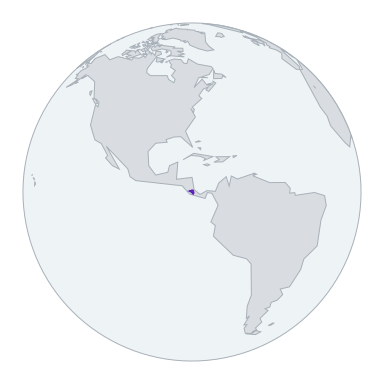 globe centered on Alajuela, rotated 346°
{"feature_id": "CRI-1333", "entity_name": "Alajuela", "entity_type": "Province", "adm_level": 1, "iso_a3": "CRI", "parent_name": "Costa Rica", "parent_adm1": "", "projection": "orthographic", "projection_center": [-84.692, 10.447], "detail": "fine", "context": "on_globe", "style": "filled", "palette": "violet", "viewbox_px": 384, "rotation_deg": 346, "n_neighbors": 0, "source": "natural_earth", "source_scale": "10m", "svg_char_len": 8387}
<svg xmlns="http://www.w3.org/2000/svg" viewBox="0 0 384 384"><g transform="rotate(346 192 192)"><circle cx="192" cy="192" r="169" fill="#eef3f6" stroke="#a8b0b8"/><path d="M211.0,198.1L206.9,196.3L203.1,201.4L189.2,193.5L184.0,183.6L140.3,167.4L135.6,162.2L135.3,154.0L120.0,127.0L127.0,152.2L121.2,147.2L116.4,138.1L119.0,136.0L115.7,123.0L110.4,118.0L109.7,102.5L119.6,83.8L121.4,86.7L123.5,82.4L121.5,78.7L119.6,77.4L124.3,61.4L119.1,53.7L112.2,55.5L117.9,52.3L101.3,59.1L95.1,60.0L105.3,56.5L108.9,54.5L106.3,53.6L109.4,51.3L109.9,49.8L113.8,47.4L119.5,46.2L122.1,44.8L120.2,44.3L122.8,42.0L125.3,42.9L130.3,39.1L140.7,37.6L144.2,43.8L153.2,42.8L165.4,49.4L167.5,47.5L173.5,49.5L178.1,48.2L179.1,50.3L182.0,47.6L180.3,46.0L181.0,44.4L183.5,43.7L185.2,46.0L184.1,46.7L186.0,47.0L185.7,48.6L187.3,47.4L189.0,50.7L191.2,46.5L195.7,48.4L195.8,50.8L190.7,51.7L178.4,61.5L176.9,65.2L179.8,69.0L196.1,73.1L196.5,77.1L200.8,81.6L202.9,78.6L200.3,74.1L205.2,70.1L201.4,65.6L202.9,63.6L201.0,59.0L206.7,58.6L213.3,60.9L215.1,64.9L218.1,66.2L220.7,61.9L228.4,69.3L240.9,74.9L242.3,77.2L237.1,82.1L225.9,82.9L219.2,91.2L229.1,85.0L232.4,91.9L235.3,92.9L238.3,92.3L239.2,89.5L241.5,92.0L232.5,98.5L230.3,96.3L233.2,94.1L227.9,94.8L221.9,100.2L224.1,103.7L212.8,109.7L214.2,112.5L212.5,115.6L211.0,110.6L213.4,120.0L200.4,131.4L203.5,148.9L194.5,135.6L187.7,134.3L179.5,134.9L179.9,137.7L168.6,135.9L159.1,142.1L156.4,156.1L160.9,166.8L173.3,167.0L176.6,160.9L185.5,159.5L180.0,175.9L195.6,177.8L194.6,190.1L199.2,196.3L206.9,194.3L214.8,197.0L220.2,189.7L228.9,185.4L229.5,195.3L234.0,186.0L239.2,190.4L256.4,188.9L255.2,191.2L269.7,201.7L284.7,205.3L288.2,212.1L286.5,216.8L291.5,217.4L291.5,220.3L310.7,222.1L319.8,227.6L319.0,237.6L310.4,250.3L300.4,274.6L284.3,284.1L278.7,293.5L263.6,307.6L254.1,307.5L255.2,313.4L248.7,317.5L242.1,318.3L239.6,322.5L234.7,322.9L237.1,325.4L227.4,331.1L228.2,335.1L220.7,339.3L221.4,341.5L219.1,341.5L216.4,342.5L215.6,343.7L209.5,341.9L209.6,336.8L213.2,334.0L210.2,333.6L217.9,326.1L214.1,327.8L217.9,316.3L224.7,306.3L231.9,276.1L228.9,270.1L216.7,263.3L202.1,240.2L206.5,230.2L203.1,225.6L214.2,211.1L211.0,198.1ZM40.9,147.6L42.0,143.7L42.2,146.3L40.9,147.6ZM42.1,141.3L41.8,142.6L41.9,141.5L42.1,141.3ZM41.7,140.4L42.0,141.1L41.6,140.7L41.7,140.4ZM41.1,139.7L41.5,139.9L41.4,140.1L41.1,139.7ZM203.0,154.9L220.9,162.7L211.2,164.2L213.0,162.5L208.3,159.2L199.9,156.3L191.2,158.5L203.0,154.9ZM40.7,137.5L40.7,136.9L41.1,136.7L40.7,137.5ZM210.1,144.9L207.0,144.3L210.0,144.1L210.1,144.9ZM118.2,77.3L121.1,78.9L121.8,83.3L119.1,82.2L118.2,77.3ZM117.3,69.8L119.5,69.6L116.9,73.7L116.4,72.5L117.3,69.8ZM106.6,57.6L108.4,58.0L105.6,58.4L106.6,57.6ZM109.3,50.1L107.8,50.7L108.7,49.7L109.3,50.1ZM198.0,59.6L199.5,59.3L199.0,60.3L198.0,59.6ZM195.8,58.0L194.2,59.4L193.0,58.8L193.9,58.0L195.8,58.0ZM115.5,45.2L117.5,43.6L116.5,45.0L115.5,45.2ZM198.0,56.5L190.9,57.8L188.7,56.9L190.6,53.1L198.0,56.5ZM119.2,42.6L123.7,39.2L120.8,40.2L131.6,35.9L124.2,39.9L123.5,41.3L121.8,41.4L119.2,42.6ZM178.6,45.8L180.5,47.5L176.5,46.9L178.6,45.8ZM175.8,45.9L162.4,47.2L160.8,44.7L165.6,44.6L161.6,42.3L167.4,40.4L170.9,41.3L170.8,43.1L173.1,41.0L175.8,45.9ZM136.8,34.3L138.8,33.5L137.8,34.1L136.8,34.3ZM180.9,43.7L178.4,44.0L176.8,41.9L181.6,40.8L180.6,41.8L180.9,43.7ZM157.7,42.8L157.3,41.3L162.0,39.2L162.5,38.4L167.4,40.2L157.7,42.8ZM182.3,42.0L184.1,40.4L187.2,40.9L183.3,43.3L182.3,42.0ZM174.3,41.8L173.8,40.8L175.7,41.0L174.3,41.8ZM199.3,42.2L196.3,42.3L195.2,41.1L199.3,42.2ZM184.6,39.8L183.5,39.7L182.8,39.3L184.6,38.5L184.6,39.8ZM170.3,38.8L172.3,38.4L168.5,37.9L171.8,36.6L174.5,38.2L174.7,37.0L175.8,36.6L176.8,38.3L170.3,38.8ZM184.2,36.7L188.7,38.6L194.6,38.5L195.7,39.5L186.1,39.6L184.2,36.7ZM179.8,37.4L182.7,37.1L182.6,38.3L180.5,39.3L179.8,37.4ZM173.1,35.3L167.3,36.8L166.9,36.5L173.1,35.3ZM185.9,36.3L184.8,35.9L186.3,36.2L185.9,36.3ZM177.1,35.2L175.1,35.8L174.7,35.3L177.1,35.2ZM184.1,34.7L185.6,35.3L184.2,35.9L184.1,34.7ZM180.9,34.7L180.9,34.0L182.9,35.7L180.1,35.0L180.9,34.7ZM177.0,34.8L176.1,34.7L177.9,34.6L177.0,34.8ZM188.6,32.4L191.4,34.4L188.3,35.6L186.0,33.4L188.6,32.4ZM219.2,345.7L209.8,342.6L215.3,344.0L220.4,341.9L224.8,344.3L219.2,345.7ZM233.6,340.0L238.7,338.6L239.6,339.1L236.2,340.3L233.6,340.0ZM311.0,72.1L308.8,70.1L312.4,73.6L314.7,75.8L318.4,79.9L312.6,74.4L315.3,79.4L326.4,95.9L326.4,99.1L323.0,98.3L311.5,84.3L312.7,79.1L308.6,74.9L301.9,70.7L302.8,69.7L300.2,67.6L300.1,65.8L293.5,59.3L292.3,57.5L283.6,51.5L281.8,50.0L287.5,53.8L290.8,55.8L287.2,52.4L286.0,51.6L299.0,61.2L311.0,72.1ZM281.8,48.9L279.4,47.4L281.8,48.9ZM270.6,42.5L271.4,42.9L265.2,39.8L258.8,36.8L257.1,36.2L267.5,41.2L271.3,43.2L273.9,44.4L284.6,50.9L287.2,53.0L277.5,47.5L280.1,50.1L271.4,45.4L248.6,33.5L242.2,30.9L243.4,31.1L257.3,36.2L270.6,42.5ZM149.1,28.6L142.4,30.6L137.9,32.0L132.9,34.2L133.4,34.1L136.4,33.1L131.6,35.9L120.8,40.2L120.2,40.1L113.9,43.4L113.4,42.8L110.1,44.3L111.7,43.3L123.8,37.4L136.3,32.5L149.1,28.6ZM360.5,179.1L360.5,179.3L359.9,174.4L359.8,175.3L356.0,186.4L352.4,181.1L342.5,161.3L341.5,151.0L337.1,140.8L326.5,99.7L328.9,99.6L326.0,89.4L326.4,89.8L331.9,97.4L332.5,98.2L339.0,108.7L344.7,119.7L349.6,131.0L353.6,142.7L356.8,154.7L359.1,166.8L360.5,179.1ZM335.6,118.3L337.2,121.4L335.6,118.3ZM256.9,188.7L259.0,190.4L256.3,190.7L256.9,188.7ZM210.1,168.3L213.7,168.4L215.7,169.8L213.0,170.4L210.1,168.3ZM240.4,166.9L244.5,167.5L240.4,168.6L240.4,166.9ZM223.7,163.6L237.1,166.8L229.0,170.2L220.5,168.3L226.3,167.2L223.7,163.6ZM208.8,150.6L211.2,151.2L210.6,153.0L208.8,150.6ZM212.2,144.8L211.3,145.0L210.1,143.6L212.2,144.8ZM232.9,91.5L233.7,91.0L236.9,91.1L235.6,92.3L232.9,91.5ZM249.5,84.9L252.8,89.1L249.6,86.8L248.5,89.0L240.4,87.3L242.6,78.4L243.0,82.5L249.5,84.9ZM230.1,83.3L235.0,84.9L229.6,83.5L230.1,83.3ZM286.2,59.6L288.2,60.0L291.3,62.6L292.7,66.4L288.2,62.5L286.2,59.6ZM290.3,60.2L280.3,54.5L279.0,52.4L281.4,54.5L281.6,53.6L285.5,56.8L294.1,60.9L297.4,63.6L298.2,68.2L296.1,65.0L294.3,64.5L290.3,60.2ZM257.0,48.2L252.6,46.9L255.5,43.8L259.2,45.4L260.9,48.9L257.4,49.0L257.0,48.2ZM202.7,50.1L200.8,50.8L200.4,50.0L201.6,48.8L202.7,50.1ZM198.0,42.3L210.3,47.1L208.8,47.9L217.8,50.3L217.3,53.5L211.5,51.7L217.9,56.3L212.5,56.0L217.3,59.1L204.4,54.7L199.8,55.0L205.1,53.4L205.6,50.3L204.5,49.1L197.7,46.0L188.1,45.7L187.0,43.1L188.9,41.3L191.1,41.0L191.0,42.7L194.0,41.0L195.6,43.3L198.0,42.3ZM211.2,28.9L210.3,29.9L216.4,29.2L218.0,30.5L218.7,30.4L221.9,31.6L226.8,32.9L226.8,33.6L228.7,33.8L230.9,34.8L233.6,35.5L234.5,37.1L237.8,38.2L236.4,38.3L241.8,39.8L238.2,39.5L240.6,41.1L242.9,40.6L241.5,49.9L243.8,54.8L247.6,59.4L240.9,58.9L232.9,54.5L225.5,49.0L224.3,44.7L221.4,45.5L220.0,43.8L222.9,43.8L217.7,42.7L217.3,41.4L210.6,38.0L203.3,37.8L200.7,36.8L203.4,36.2L198.9,35.7L202.1,34.0L200.3,33.3L201.7,31.3L207.8,31.0L205.3,30.3L206.2,29.1L211.2,28.9ZM189.1,31.8L196.1,30.5L200.4,30.8L196.2,34.3L197.4,35.2L194.9,38.0L188.7,37.6L190.0,36.8L189.8,35.9L191.8,36.4L190.1,35.4L191.8,34.4L190.9,33.4L193.4,33.2L189.1,31.8ZM324.5,87.2L323.8,86.4L323.7,86.1L324.5,87.2ZM319.5,81.9L318.8,81.0L322.6,85.2L322.8,85.8L319.5,81.9ZM315.2,77.1L318.5,80.6L316.9,79.0L315.2,77.1ZM286.6,52.9L285.5,52.0L286.6,52.7L288.7,54.1L286.6,52.9ZM229.7,28.8L228.5,28.9L227.4,28.6L222.2,28.1L220.6,27.3L223.1,27.3L229.7,28.8ZM227.1,27.8L225.1,27.7L225.5,27.4L227.1,27.8ZM219.1,26.7L219.0,26.3L219.8,27.1L219.1,26.7ZM192.3,23.0L194.0,23.1L191.7,23.1L189.5,23.1L192.3,23.0ZM210.9,24.5L213.7,24.8L213.3,24.9L210.9,24.5ZM137.6,33.7L138.7,33.5L136.8,34.1L137.6,33.7ZM155.8,27.0L158.5,26.4L156.2,27.0L155.8,27.0ZM164.2,25.3L159.8,26.2L162.0,25.7L164.2,25.3Z" fill="#d9dde1" stroke="#a8b0b8" stroke-width="1"/><path d="M193.0,190.4L193.0,190.5L193.3,190.7L193.4,190.8L193.4,191.0L193.5,191.0L193.5,191.6L193.5,192.1L193.5,192.4L193.5,192.9L193.5,193.3L193.4,193.4L193.4,193.5L193.1,193.6L192.9,193.6L192.7,193.6L192.4,193.7L192.4,193.8L192.3,193.7L192.2,193.7L192.3,193.4L192.3,193.2L192.2,193.2L192.1,192.9L192.1,192.7L191.9,192.5L191.7,192.4L191.8,192.3L191.8,192.2L191.7,192.2L191.8,192.0L191.7,191.9L191.5,191.7L191.3,191.7L191.2,191.5L191.1,191.4L191.0,191.2L190.8,191.2L190.7,191.2L190.4,191.1L190.2,190.9L189.8,190.6L190.0,190.6L190.2,190.4L190.3,190.2L190.8,190.4L191.3,190.5L191.7,190.3L192.0,190.2L192.2,190.3L192.3,190.3L192.5,190.4L192.7,190.5L192.8,190.5L192.9,190.4L193.0,190.4Z" fill="#8b5cf6" stroke="#5b21b6" stroke-width="1.5"/></g></svg>